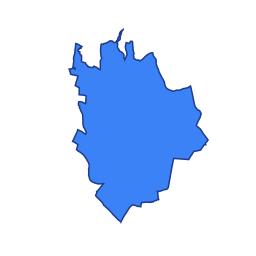 Coseiu, Salaj, Romania (Robinson projection), rotated 111°
{"feature_id": "2599482B83775863976208", "entity_name": "Coseiu", "entity_type": "district", "adm_level": 2, "iso_a3": "ROU", "parent_name": "Romania", "parent_adm1": "Salaj", "projection": "robinson", "projection_center": [23.002, 47.332], "detail": "fine", "context": "isolated", "style": "filled", "palette": "blue", "viewbox_px": 256, "rotation_deg": 111, "n_neighbors": 0, "source": "geoboundaries", "source_scale": "gbopen_adm2", "svg_char_len": 5672}
<svg xmlns="http://www.w3.org/2000/svg" viewBox="0 0 256 256"><g transform="rotate(111 128 128)"><path d="M202.8,134.0L203.0,133.5L203.6,132.4L204.8,129.7L206.1,126.7L206.9,125.2L207.1,124.8L208.9,122.9L209.2,121.8L210.0,119.8L210.8,117.8L211.2,117.0L211.4,116.2L212.7,113.4L213.9,111.5L217.2,104.2L218.2,101.0L218.3,100.9L217.1,100.9L216.2,100.7L212.3,100.3L211.8,100.1L210.5,100.0L208.3,99.3L205.8,98.9L201.9,98.1L201.3,97.9L198.7,96.6L198.1,95.8L197.9,95.3L197.6,93.2L197.7,91.2L197.6,90.3L197.2,89.5L197.0,88.6L197.0,87.9L193.2,88.6L192.7,88.6L192.5,87.9L191.5,86.1L190.3,83.3L189.8,81.7L188.9,80.1L189.1,80.0L188.6,79.3L188.5,79.2L188.0,78.6L187.9,78.4L188.1,78.2L187.9,77.9L186.4,77.2L185.9,76.3L185.8,75.8L185.2,75.6L184.8,75.3L183.8,74.1L184.0,73.8L183.7,73.7L182.9,74.4L182.2,74.8L176.7,77.7L176.8,77.4L176.6,77.1L175.0,74.7L173.1,72.7L172.5,71.8L172.2,71.5L172.1,71.0L170.8,69.5L169.1,69.1L150.3,72.7L140.4,74.4L140.0,74.4L135.7,60.0L132.5,59.5L126.0,58.0L124.9,55.7L123.1,53.1L122.9,52.6L122.5,52.3L116.4,50.9L116.2,50.6L115.8,49.4L114.4,50.3L113.6,50.1L112.5,49.5L110.7,48.9L110.5,49.0L108.7,51.7L106.2,55.9L105.5,56.8L105.2,57.0L102.9,60.4L101.7,64.1L101.3,64.8L100.8,65.0L99.9,65.2L96.7,65.0L92.5,64.5L90.2,64.7L88.9,64.7L88.4,64.9L87.9,65.3L87.6,65.7L86.2,67.3L86.1,67.9L86.1,69.4L84.1,72.9L83.7,73.3L80.4,75.6L72.4,80.6L71.8,81.1L68.5,83.2L66.4,84.7L68.6,86.4L69.7,87.6L71.1,90.0L71.4,90.5L73.8,92.9L74.2,93.6L75.0,95.3L75.4,96.6L76.4,97.3L77.0,98.1L77.4,99.0L77.5,99.5L77.4,100.2L77.6,100.9L77.6,102.6L77.6,103.5L77.2,105.5L76.8,106.7L75.5,108.3L74.5,109.1L73.4,109.7L71.7,110.9L69.7,113.1L69.3,113.8L68.4,114.9L67.3,115.9L65.6,118.0L65.1,118.3L65.0,118.7L61.9,121.1L61.1,122.2L60.2,122.9L59.7,123.2L58.9,124.0L57.7,124.9L56.9,125.3L56.5,125.2L55.5,125.7L55.2,125.7L54.7,126.1L53.8,126.6L53.3,127.3L52.4,129.0L52.0,129.5L50.8,130.7L49.6,131.5L49.0,131.8L48.9,131.9L49.0,132.3L49.9,133.8L52.1,135.8L54.9,137.5L57.7,138.6L61.2,140.7L61.1,141.4L60.6,142.1L60.6,142.3L61.1,143.3L61.6,144.4L61.2,145.9L61.1,146.4L61.3,147.0L60.7,147.5L59.7,147.9L58.6,148.8L57.4,149.0L56.7,148.9L56.3,149.1L55.4,149.7L54.9,150.2L53.8,150.9L53.3,151.0L53.1,151.2L53.0,151.4L52.9,151.5L52.6,151.5L51.6,152.1L51.2,152.1L51.0,152.3L50.5,152.5L50.2,152.8L49.6,152.9L48.9,153.4L48.6,153.4L46.5,154.4L46.2,154.4L45.9,154.8L45.6,155.5L46.0,156.4L46.3,156.8L47.5,156.9L47.9,157.0L48.3,157.3L48.5,157.5L48.8,159.1L48.9,160.3L49.7,160.1L51.3,160.0L53.6,159.4L55.5,158.2L57.0,156.9L59.3,155.5L60.0,155.2L61.0,155.4L61.9,155.3L63.7,155.5L65.2,155.5L64.7,155.8L64.6,156.7L64.5,156.8L61.1,158.0L60.5,158.7L59.5,160.7L59.3,161.8L59.2,163.6L59.1,163.8L58.2,164.3L58.1,164.7L57.5,165.3L56.2,167.0L53.1,167.8L52.5,168.6L51.9,168.7L50.9,168.5L50.6,168.4L49.6,168.1L49.1,167.5L48.4,167.2L47.9,167.2L47.1,167.3L46.3,167.8L44.9,168.0L41.6,168.2L40.6,168.4L40.0,168.4L37.9,167.7L37.7,167.8L39.7,168.9L40.2,169.3L41.5,169.7L42.4,169.7L43.7,169.6L45.1,169.0L45.4,169.0L46.2,169.4L47.1,169.6L47.6,169.4L48.1,169.6L48.6,169.5L48.8,169.4L49.2,169.1L50.4,169.8L50.9,169.7L51.2,169.9L51.4,169.9L51.5,170.0L52.0,170.0L52.4,170.1L53.0,171.1L53.2,171.3L53.2,171.5L53.2,171.8L52.9,172.9L52.5,173.3L52.5,173.5L52.8,173.8L52.7,174.0L52.8,174.1L52.8,174.6L52.7,174.7L52.7,175.0L52.9,175.3L52.9,175.6L53.0,175.9L53.7,176.5L54.5,177.0L55.3,177.7L55.8,178.3L56.6,178.7L57.1,179.6L57.5,180.4L57.9,180.9L58.8,181.3L59.1,182.9L60.3,183.0L65.6,181.4L70.6,179.0L71.8,177.8L72.1,177.7L73.1,177.6L74.8,177.9L76.2,177.7L77.1,177.2L83.3,174.8L83.7,175.0L83.5,176.4L82.7,178.2L82.5,181.9L82.5,182.0L84.1,182.4L84.6,184.4L85.2,186.0L84.8,186.7L84.9,186.9L84.7,187.6L84.9,187.8L84.7,188.0L84.3,188.2L84.0,189.1L83.5,190.1L82.8,190.6L82.5,191.2L82.4,191.6L82.5,192.0L82.6,192.3L82.6,193.2L82.8,194.4L82.8,195.0L82.7,195.2L82.4,195.4L80.6,195.9L79.0,196.6L77.6,197.1L76.8,197.6L76.7,197.8L76.6,198.1L76.4,199.0L75.7,199.9L74.7,200.0L74.1,200.4L74.3,200.7L74.4,201.3L74.3,201.7L74.2,202.2L73.5,202.2L73.3,202.4L73.0,202.4L72.6,202.2L72.7,202.4L72.4,202.6L72.2,202.6L71.5,202.2L71.3,202.0L70.9,201.8L70.5,201.4L70.3,201.3L70.2,200.9L70.4,200.5L70.2,200.4L70.0,200.6L69.7,200.7L69.3,200.6L68.6,200.1L68.4,200.1L68.3,201.9L68.0,203.1L67.7,205.3L67.7,206.1L67.9,207.1L71.8,205.9L74.4,205.4L76.3,204.7L78.6,204.3L80.9,204.2L81.9,204.0L82.8,203.7L84.6,202.7L87.2,202.1L87.9,201.9L91.0,201.2L91.0,200.9L90.9,198.9L91.9,198.4L91.8,199.0L91.8,199.7L92.0,200.6L92.2,201.1L94.2,204.0L94.4,203.5L94.9,203.2L95.5,202.9L95.7,202.7L96.1,202.5L96.3,202.3L96.5,201.9L96.9,201.6L97.5,201.4L97.9,201.2L98.3,200.8L98.3,200.4L98.3,199.1L98.0,197.9L97.6,196.2L97.5,193.3L107.3,192.5L107.7,189.9L107.9,187.9L113.0,186.1L114.5,185.5L113.4,181.8L113.0,179.5L113.2,178.5L118.4,176.9L120.4,176.4L120.3,180.5L120.4,181.3L121.2,183.4L122.1,183.1L122.7,183.1L124.2,182.6L124.4,182.4L125.1,180.9L125.5,180.7L126.0,180.9L126.4,180.7L126.7,180.4L127.1,179.8L129.0,178.1L129.5,177.4L130.4,176.6L130.7,176.2L131.9,175.0L137.7,172.5L138.2,172.4L140.5,171.4L142.6,170.2L143.6,169.2L144.0,168.3L144.3,168.2L147.1,165.2L149.0,165.5L148.1,169.1L147.8,171.1L147.6,174.3L149.5,174.1L160.4,174.9L160.5,173.1L161.4,168.8L166.7,168.3L167.0,167.4L167.5,165.8L167.7,164.1L168.9,160.3L169.6,159.0L171.1,156.8L172.2,155.3L172.9,154.6L173.8,153.4L174.9,152.1L175.4,151.7L177.6,150.4L180.2,150.2L181.6,149.5L182.8,149.1L183.5,148.6L185.2,148.2L186.0,147.9L188.7,146.0L189.0,145.9L190.3,144.3L190.6,144.0L190.9,143.0L191.2,141.2L191.2,139.5L191.0,136.5L190.7,135.3L189.2,131.9L188.7,131.0L188.7,130.9L194.0,132.7L195.9,133.2L196.8,133.6L197.6,133.7L198.3,134.4L198.8,134.5L199.5,134.0L199.8,133.9L202.6,134.1L202.8,134.0Z" fill="#3b82f6" stroke="#1e3a8a" stroke-width="1.5"/></g></svg>